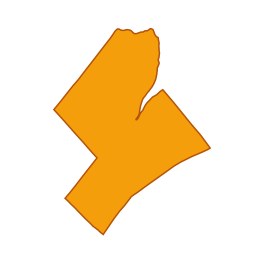 Ungureni, Botosani, Romania, rotated 78°
{"feature_id": "2599482B2994749554598", "entity_name": "Ungureni", "entity_type": "district", "adm_level": 2, "iso_a3": "ROU", "parent_name": "Romania", "parent_adm1": "Botosani", "projection": "natural_earth1", "projection_center": [26.795, 47.826], "detail": "fine", "context": "isolated", "style": "filled", "palette": "amber", "viewbox_px": 256, "rotation_deg": 78, "n_neighbors": 0, "source": "geoboundaries", "source_scale": "gbopen_adm2", "svg_char_len": 2023}
<svg xmlns="http://www.w3.org/2000/svg" viewBox="0 0 256 256"><g transform="rotate(78 128 128)"><path d="M195.4,138.1L194.8,136.8L192.8,131.8L190.0,125.7L187.3,119.6L184.5,113.1L181.8,106.9L178.4,99.1L176.9,95.6L174.9,91.2L172.8,85.1L172.0,82.5L171.0,78.5L169.2,71.6L168.0,65.5L167.8,64.3L166.8,59.4L165.5,54.0L164.7,51.8L150.0,58.5L137.7,65.2L113.4,77.6L97.8,86.0L98.3,87.4L99.1,89.2L100.3,91.2L101.3,92.7L102.3,95.7L102.9,97.6L105.6,101.5L107.2,104.0L109.2,106.2L111.8,108.4L113.9,110.0L114.7,111.1L115.7,112.4L117.5,113.9L119.1,114.9L120.2,115.8L121.3,117.1L121.8,117.7L121.5,118.4L121.1,118.4L120.6,117.8L118.4,115.4L115.7,113.7L113.8,113.1L108.9,111.1L106.0,109.5L103.4,108.0L102.0,106.8L99.8,104.1L97.9,102.2L95.9,99.5L94.2,97.6L92.7,95.9L90.4,93.8L87.9,92.0L85.6,90.5L81.6,88.8L79.5,88.1L78.5,87.7L76.9,87.2L75.4,86.9L73.8,85.7L71.7,84.3L70.7,84.0L69.1,84.2L68.0,84.3L66.9,84.0L66.0,83.4L65.0,82.9L63.9,82.6L62.9,82.2L61.2,81.6L58.3,81.5L57.3,81.2L56.1,81.0L54.3,80.9L52.0,80.0L50.0,79.9L47.9,79.9L46.8,79.8L45.9,79.7L45.5,80.1L45.1,80.6L44.7,81.1L43.4,81.8L41.8,82.4L40.3,82.5L38.7,82.8L37.0,83.1L36.5,83.6L36.1,84.1L35.6,85.1L35.7,86.1L35.9,86.6L36.3,87.2L36.6,88.1L36.9,88.9L36.6,90.1L36.6,91.9L37.1,92.6L37.1,94.4L36.8,95.7L37.2,97.3L37.2,98.4L37.5,99.9L37.3,101.1L37.0,102.1L35.6,103.4L33.9,104.4L32.7,105.7L32.2,106.8L31.6,108.5L31.5,110.2L31.8,111.2L31.2,113.6L31.0,114.3L30.2,115.3L29.2,116.4L29.0,117.9L30.5,120.4L32.9,122.8L36.4,126.5L47.0,139.1L53.1,146.2L62.5,157.4L70.8,167.1L75.2,173.0L80.5,179.4L87.0,187.2L92.4,193.9L94.6,196.7L100.2,193.4L109.0,188.3L114.4,185.3L116.3,184.2L119.9,182.2L124.1,179.8L132.0,175.2L140.3,170.6L145.9,167.4L150.8,164.5L154.5,168.9L158.7,173.9L166.0,182.7L172.4,190.1L179.3,198.5L183.7,204.2L187.7,201.4L190.5,199.7L194.8,196.7L198.8,194.3L207.2,189.0L209.0,187.8L214.2,184.2L216.5,182.9L221.3,178.7L224.1,176.8L227.0,174.4L218.5,165.5L213.7,160.5L207.5,153.4L203.5,148.0L198.2,141.7L195.8,139.0L195.4,138.1Z" fill="#f59e0b" stroke="#b45309" stroke-width="1.5"/></g></svg>